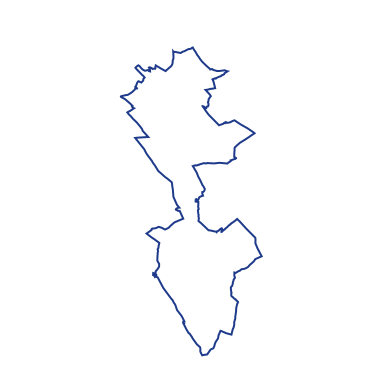 Songdalen nor, Vest-Agder, Norway, rotated 43°
{"feature_id": "86288312B8031937761256", "entity_name": "Songdalen nor", "entity_type": "district", "adm_level": 2, "iso_a3": "NOR", "parent_name": "Norway", "parent_adm1": "Vest-Agder", "projection": "robinson", "projection_center": [7.708, 58.239], "detail": "fine", "context": "isolated", "style": "outline", "palette": "blue", "viewbox_px": 384, "rotation_deg": 43, "n_neighbors": 0, "source": "geoboundaries", "source_scale": "gbopen_adm2", "svg_char_len": 5990}
<svg xmlns="http://www.w3.org/2000/svg" viewBox="0 0 384 384"><g transform="rotate(43 192 192)"><path d="M286.8,191.5L278.5,188.6L273.4,186.3L270.5,183.1L269.5,182.3L256.5,181.8L248.1,181.1L245.8,181.0L244.0,181.1L243.9,180.9L243.4,180.9L243.3,181.7L243.2,183.2L242.6,186.3L242.3,187.6L242.0,188.4L242.0,189.2L242.2,189.4L241.7,191.4L241.7,194.0L241.5,194.8L241.3,196.5L241.5,197.1L241.2,198.0L241.0,198.3L241.1,198.7L240.9,200.7L241.1,201.8L239.7,199.6L239.2,198.1L239.3,197.6L238.8,198.4L238.9,198.6L238.6,198.6L238.7,198.9L238.3,198.9L238.0,199.4L238.0,200.2L237.8,200.6L237.8,200.9L237.9,201.8L237.3,203.8L237.4,204.4L236.8,204.2L236.3,204.9L231.5,207.7L230.2,208.7L219.6,208.6L216.5,208.8L215.0,206.6L213.1,205.2L212.8,204.6L212.3,204.1L211.8,203.9L208.9,201.4L208.7,201.2L208.6,200.0L206.2,198.3L205.6,197.3L203.5,195.0L201.2,196.5L201.0,196.4L201.6,195.6L199.8,194.8L200.0,194.3L200.9,194.1L201.4,193.7L201.9,193.6L201.8,193.0L201.4,192.3L201.0,191.2L201.0,190.5L202.0,187.9L202.3,187.7L202.6,187.2L200.9,186.3L200.2,185.8L199.6,185.1L200.0,184.7L200.3,183.3L200.0,182.2L199.2,181.0L196.2,180.0L195.2,179.9L190.0,177.8L186.1,176.5L182.2,174.6L175.0,172.5L175.3,172.1L175.4,171.4L176.4,170.3L176.4,170.0L177.2,169.6L178.1,168.1L178.3,167.7L178.2,167.6L178.8,166.8L178.9,166.3L181.1,162.7L182.8,161.6L182.8,161.3L183.8,160.1L188.7,156.0L192.1,152.0L198.5,147.0L198.5,145.7L198.7,145.3L199.2,143.3L199.0,142.9L199.1,142.7L198.7,142.5L199.3,141.5L200.8,138.5L200.7,138.4L200.9,138.3L200.8,138.1L200.9,137.9L200.8,137.6L201.2,137.3L201.5,136.5L201.1,137.1L198.9,137.5L195.9,134.1L194.9,132.7L193.5,131.2L193.0,130.6L192.9,129.9L193.1,129.1L193.0,128.1L193.5,123.3L195.4,116.3L195.6,115.3L196.2,113.1L196.4,111.7L197.7,106.4L195.9,106.5L188.9,107.6L181.5,109.4L174.2,110.6L173.3,112.3L172.7,113.9L172.6,114.6L171.5,116.3L170.3,117.7L170.0,117.6L169.1,117.8L169.1,118.1L168.8,118.3L168.9,118.6L169.1,118.7L169.2,119.2L168.3,119.8L168.3,120.9L166.2,124.8L165.1,124.7L151.3,124.1L147.0,123.3L141.2,122.0L141.3,121.8L142.1,121.7L142.5,121.4L143.9,121.8L145.1,121.3L145.2,121.0L145.2,120.7L144.8,120.2L144.6,120.1L144.6,119.7L144.8,119.3L144.9,118.9L145.2,118.6L145.3,118.3L144.8,117.2L143.7,116.1L142.4,115.5L142.2,114.6L140.8,112.6L140.4,109.1L138.7,108.6L132.3,108.1L133.7,106.4L135.1,104.1L136.4,102.6L137.2,101.5L137.5,101.2L137.6,100.9L137.9,100.6L137.9,100.3L138.0,100.2L133.1,97.0L131.0,95.9L130.2,95.7L130.3,95.2L130.9,95.0L130.7,94.5L131.3,93.1L131.9,92.9L131.8,92.7L133.0,89.7L134.1,87.6L134.3,86.7L134.1,86.4L134.8,85.2L135.2,83.9L134.8,83.1L134.8,82.8L135.7,79.5L135.2,79.8L132.9,80.7L129.6,84.7L127.6,86.6L126.8,86.9L124.4,88.2L123.0,88.3L122.9,88.6L122.5,88.8L121.8,89.9L121.5,89.7L117.6,89.9L110.7,89.8L107.5,89.3L104.4,88.5L102.7,88.3L98.9,87.1L96.4,86.6L94.0,85.8L93.8,86.1L93.5,87.9L92.5,89.4L92.0,89.8L90.2,94.7L89.7,95.4L89.3,96.3L89.0,97.9L88.4,98.4L83.9,101.2L83.1,102.1L82.4,102.0L86.7,106.2L87.9,107.9L88.2,109.0L89.3,110.2L89.9,111.0L90.4,111.9L90.8,113.2L90.9,115.0L90.6,116.8L90.4,119.5L90.2,120.3L90.3,121.0L90.2,121.6L85.0,122.9L79.4,124.1L79.7,124.4L79.8,124.7L79.6,124.9L80.0,125.7L80.7,126.3L81.0,127.0L79.0,128.8L79.0,129.0L77.8,128.9L77.0,129.2L75.9,129.8L76.0,130.1L75.8,130.4L77.5,131.0L79.1,132.4L78.1,132.9L76.6,132.9L75.0,135.3L74.7,135.5L72.3,136.1L71.0,136.1L67.7,135.7L66.4,135.9L66.0,137.6L65.9,139.7L67.7,140.0L75.9,140.4L77.3,140.3L79.3,140.6L79.3,142.4L80.3,143.8L80.3,146.5L77.3,147.5L77.3,148.5L77.5,150.0L77.9,150.5L78.7,152.7L78.8,153.7L79.7,153.6L81.9,153.7L79.8,154.5L80.3,156.2L80.1,159.7L79.2,163.4L78.9,164.4L78.3,165.4L77.5,166.3L74.9,170.2L74.9,170.7L75.2,170.9L79.6,169.8L80.7,169.7L87.0,169.5L89.9,169.6L89.9,170.5L91.4,170.7L92.5,170.3L91.4,175.0L90.7,176.7L90.4,177.9L93.0,178.3L95.5,178.3L98.6,178.7L104.1,178.8L108.3,179.3L112.5,180.0L114.2,180.9L122.5,181.6L115.3,189.2L113.6,191.2L127.9,193.3L131.7,194.7L134.0,195.3L141.9,196.7L143.3,197.3L146.4,197.8L152.8,199.6L161.9,199.4L165.0,199.0L170.5,198.7L171.2,199.1L172.8,200.4L173.1,200.9L174.6,201.9L176.7,203.6L181.7,208.2L189.9,211.7L193.3,212.1L192.6,212.8L192.4,213.7L192.0,214.6L191.9,215.0L192.2,215.3L192.2,215.8L192.6,215.9L193.5,215.5L194.4,215.4L194.8,214.9L195.3,214.8L195.9,214.2L203.8,217.5L199.9,226.1L199.4,230.8L199.3,234.2L198.0,237.6L197.7,237.9L194.2,238.8L191.3,240.3L190.4,242.7L189.1,244.6L187.9,245.8L187.7,246.5L188.2,247.1L188.3,247.4L187.1,253.4L193.2,252.8L196.2,252.3L202.8,251.5L203.3,252.4L203.7,252.9L204.3,254.2L205.6,255.8L205.9,257.3L207.5,258.4L208.9,260.6L209.3,260.9L211.2,263.3L213.5,265.9L217.0,267.0L218.8,269.0L219.2,270.6L219.5,272.9L219.5,274.6L219.6,275.0L220.4,275.9L220.9,276.7L218.9,277.7L220.2,279.3L220.5,279.2L221.2,277.9L221.1,277.7L221.8,277.5L221.9,276.8L222.6,277.0L222.6,277.4L222.0,278.0L221.6,278.7L221.3,278.9L222.8,279.4L222.8,279.2L223.5,278.6L225.0,277.8L236.6,281.8L249.6,284.2L251.9,284.4L254.2,285.4L255.6,285.6L257.1,286.1L261.5,288.5L269.1,289.8L272.1,290.9L274.5,291.8L274.0,292.2L274.0,292.7L274.1,292.9L274.5,293.4L276.0,293.5L276.1,293.8L275.7,294.1L281.7,296.3L285.9,297.5L286.8,297.2L291.2,298.2L292.5,298.7L299.6,300.1L303.7,300.0L304.7,300.6L307.0,303.1L310.8,304.5L311.4,303.6L313.9,300.4L313.1,295.1L313.2,294.0L314.2,291.8L313.3,289.1L312.8,288.5L311.6,285.7L311.0,281.8L310.4,280.5L309.3,279.0L308.7,277.4L307.5,274.1L308.3,273.7L312.2,272.3L313.0,272.1L318.1,269.4L315.3,264.4L314.9,262.8L314.6,262.3L313.2,260.0L311.7,258.5L309.8,254.8L308.8,253.8L305.4,248.9L303.6,246.9L301.5,243.3L301.0,241.6L300.6,241.0L297.4,241.0L297.3,240.8L295.0,241.2L294.3,241.0L292.3,241.2L291.5,241.1L290.2,239.8L289.8,238.9L289.3,238.5L289.0,238.5L285.8,235.7L285.3,234.8L285.4,233.5L285.2,232.8L284.2,231.0L283.6,230.4L283.0,228.9L282.3,227.8L282.0,226.5L281.9,225.4L279.9,224.2L277.9,222.0L279.1,221.4L279.3,220.8L279.6,219.5L280.0,218.2L280.8,216.5L280.7,216.0L280.9,214.7L282.3,213.0L283.1,211.7L284.1,208.8L284.0,206.0L284.5,200.8L284.1,197.8L286.8,191.5Z" fill="none" stroke="#1e3a8a" stroke-width="2"/></g></svg>